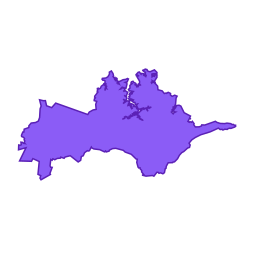 outline of Howick Local Board Area, Auckland, New Zealand, rotated 96°
{"feature_id": "76426892B48866186202191", "entity_name": "Howick Local Board Area", "entity_type": "district", "adm_level": 2, "iso_a3": "NZL", "parent_name": "New Zealand", "parent_adm1": "Auckland", "projection": "orthographic", "projection_center": [174.896, -36.924], "detail": "fine", "context": "isolated", "style": "filled", "palette": "violet", "viewbox_px": 256, "rotation_deg": 96, "n_neighbors": 0, "source": "geoboundaries", "source_scale": "gbopen_adm2", "svg_char_len": 5876}
<svg xmlns="http://www.w3.org/2000/svg" viewBox="0 0 256 256"><g transform="rotate(96 128 128)"><path d="M149.5,138.0L150.7,130.3L152.2,128.4L153.8,122.0L158.0,116.7L158.1,115.5L161.3,115.7L165.9,113.9L166.6,113.2L166.3,111.9L167.4,111.6L168.9,109.9L170.2,109.9L172.8,107.4L173.4,109.1L174.0,105.1L172.7,98.8L173.2,97.2L169.0,94.6L169.0,93.2L169.8,92.5L169.2,90.9L169.9,88.5L168.6,87.1L164.6,86.7L164.2,86.0L162.0,85.9L158.4,84.4L157.8,80.0L157.2,79.7L156.8,78.2L153.4,75.5L149.7,74.0L146.9,72.0L145.6,70.1L141.7,66.6L140.9,64.8L138.4,64.4L136.7,65.7L133.1,63.3L130.4,60.1L127.1,54.9L123.2,45.8L118.7,38.1L119.9,36.2L119.5,34.2L120.1,33.4L119.1,31.6L119.0,29.1L118.2,28.4L117.5,26.5L117.7,25.7L115.9,22.0L115.1,21.1L114.0,21.3L114.2,22.2L113.4,23.7L113.7,24.9L112.9,26.2L112.8,30.1L113.5,32.3L113.8,36.8L113.1,40.2L112.2,41.8L117.0,51.9L117.2,55.0L118.3,55.2L119.4,57.3L119.9,61.2L117.8,63.0L116.8,62.7L114.6,64.7L115.7,65.5L115.2,67.1L115.9,67.6L115.2,69.1L112.3,67.9L112.3,66.2L112.2,67.9L109.6,67.1L106.9,73.8L100.7,77.7L100.0,79.6L100.6,82.1L103.0,82.9L105.4,84.6L107.0,83.9L107.1,82.4L108.3,84.2L109.2,84.6L107.6,86.5L106.5,85.2L105.7,85.4L105.4,86.7L105.2,85.7L102.9,84.7L102.2,85.9L102.4,84.2L99.3,83.2L93.2,83.3L91.2,82.5L90.5,85.0L91.9,87.4L90.7,89.3L89.2,89.3L88.3,91.8L89.5,93.2L89.2,93.7L89.9,95.5L87.5,97.9L86.8,102.2L83.3,102.9L81.2,105.2L79.8,105.8L80.1,108.5L80.9,109.1L80.1,109.6L79.5,108.7L78.4,108.9L79.0,108.0L78.7,107.4L79.8,106.6L78.3,106.4L74.5,104.5L72.1,104.9L71.7,106.1L71.8,106.6L72.2,105.5L72.9,107.4L73.9,107.0L73.7,108.6L74.6,109.4L72.7,109.8L72.4,108.2L72.0,109.7L71.6,109.7L70.9,105.0L69.7,105.0L67.4,107.8L69.6,111.7L69.7,112.8L69.1,114.6L67.9,115.2L67.6,117.1L68.5,117.6L68.7,119.0L69.3,119.3L70.8,117.1L70.7,116.5L72.9,116.4L73.8,115.4L75.0,115.7L73.8,117.5L74.3,118.3L73.1,117.6L72.4,117.9L72.3,120.2L73.2,120.6L71.1,122.5L71.5,123.7L74.1,125.6L74.8,125.3L74.2,124.5L74.8,124.1L74.7,123.4L75.0,123.0L76.1,124.4L80.2,121.4L82.4,121.2L83.1,122.1L83.9,120.8L83.7,119.6L84.0,120.0L84.1,122.6L84.7,122.8L85.2,121.5L85.2,122.6L85.7,122.4L86.5,122.4L85.9,122.7L86.1,123.7L84.8,124.1L84.3,125.4L83.6,124.4L82.7,125.1L81.9,127.2L81.0,127.9L81.7,129.4L83.0,129.8L83.4,128.5L85.4,130.6L88.1,130.2L89.6,131.6L91.1,130.6L90.8,129.2L91.8,128.0L91.0,128.0L91.1,126.5L92.5,127.6L93.4,127.4L93.8,128.1L92.5,128.9L93.2,129.9L94.5,130.3L94.6,129.5L95.4,129.4L96.6,130.3L97.0,129.5L98.8,130.5L99.8,129.3L101.0,129.4L98.7,128.3L98.9,127.6L99.3,128.5L100.5,128.0L100.3,126.7L99.4,125.9L99.5,125.5L101.1,126.5L101.9,125.2L101.8,123.8L104.1,123.1L103.9,121.9L103.2,121.5L103.1,121.1L104.6,122.0L107.9,119.9L108.0,118.2L106.5,114.8L107.0,114.5L106.2,111.7L105.3,110.3L103.7,110.1L105.7,109.8L104.7,107.0L106.2,109.1L105.8,110.3L106.4,111.8L107.2,111.0L109.3,109.9L106.7,112.1L106.9,113.4L107.8,114.1L107.3,115.4L108.3,117.6L109.0,117.5L108.9,117.1L109.0,116.5L112.6,119.8L112.2,122.5L113.3,121.8L113.7,119.7L115.4,117.4L117.1,117.4L118.3,114.6L118.6,114.3L118.7,114.5L117.5,117.7L116.2,117.8L116.1,119.2L116.8,120.4L116.0,119.4L115.9,118.3L114.0,120.0L114.1,122.4L115.3,123.0L114.1,122.6L113.8,123.9L115.3,124.3L116.4,126.1L116.3,127.4L117.8,127.1L118.6,128.2L118.6,129.3L117.2,130.3L116.9,131.8L117.5,132.6L118.2,132.2L118.3,132.1L118.5,132.2L119.3,133.2L119.2,133.8L119.4,134.0L119.5,134.1L119.4,134.2L119.3,134.5L119.2,133.7L119.3,133.3L118.4,132.2L117.5,132.6L116.8,131.8L116.9,130.3L118.4,128.9L118.3,128.3L116.3,128.2L115.7,126.3L114.5,127.3L115.2,126.2L115.0,124.6L113.4,125.1L113.1,123.1L111.6,124.2L112.4,123.4L111.3,122.6L111.3,120.1L108.8,119.4L107.9,121.2L105.8,122.4L106.1,124.6L105.0,124.3L103.9,125.4L103.5,127.4L104.5,128.2L104.9,127.3L106.2,127.0L106.0,126.1L106.7,126.9L108.0,125.8L108.4,126.4L104.9,128.7L105.6,130.4L104.4,130.2L104.1,129.5L103.4,129.9L103.1,128.8L101.0,129.7L101.7,129.9L101.0,131.0L101.3,132.1L104.2,135.4L101.3,133.7L99.9,135.9L100.9,133.0L98.7,132.3L96.9,132.8L97.0,133.7L95.8,135.2L96.7,133.8L96.5,133.1L92.5,132.0L91.1,134.8L92.2,136.4L90.2,135.1L88.9,135.8L88.6,138.1L89.9,139.1L90.1,139.7L88.0,138.1L88.8,134.2L84.3,133.6L83.4,134.0L82.9,135.5L82.1,133.6L79.2,132.7L78.8,133.7L79.8,135.2L80.5,138.0L82.5,141.1L82.6,142.7L85.1,141.4L84.7,142.1L85.7,142.5L84.2,142.6L84.2,143.5L83.3,143.0L81.8,143.8L82.5,144.0L80.1,144.0L79.6,144.6L80.6,145.2L82.9,145.3L81.6,145.4L81.2,146.1L81.6,146.6L80.4,146.0L80.7,146.1L81.2,145.6L79.2,146.1L79.7,147.0L78.5,148.2L78.0,147.7L75.4,148.6L73.0,150.5L74.4,152.4L76.4,152.1L79.2,153.4L80.6,155.3L81.3,158.7L82.3,158.9L83.2,157.9L83.0,156.9L83.5,155.8L85.5,155.5L86.4,156.6L87.4,155.9L86.7,154.6L88.1,154.6L88.7,153.6L90.4,154.0L91.0,153.5L90.8,154.3L93.2,154.9L90.6,154.8L89.7,154.0L88.0,155.4L87.4,157.0L89.3,159.0L91.3,159.6L92.2,161.1L91.5,161.7L91.9,162.6L95.2,161.9L95.0,162.4L96.4,162.3L99.8,164.4L100.9,164.4L101.4,163.6L102.7,164.5L104.3,164.5L104.8,161.9L107.9,162.6L112.8,161.6L113.7,164.6L116.2,168.2L118.8,169.4L110.8,202.5L115.7,206.0L114.4,211.3L109.4,213.0L109.7,215.0L109.2,218.9L115.2,216.7L118.1,217.4L126.8,217.0L130.5,217.9L132.2,220.5L133.2,224.8L136.1,226.8L137.9,226.7L140.0,231.1L142.9,231.2L143.0,232.2L146.4,233.2L147.6,232.9L148.2,230.9L149.3,229.8L150.6,230.1L151.6,229.3L153.8,229.5L154.2,229.0L154.1,230.6L153.3,231.2L153.3,233.0L155.8,232.4L156.4,233.4L156.3,234.9L161.1,234.6L158.3,227.4L172.1,232.4L171.2,220.5L168.4,219.4L170.6,212.8L183.5,212.7L184.5,209.8L187.0,210.3L188.6,209.1L182.3,200.3L181.3,200.9L175.1,199.3L175.1,200.8L173.7,201.6L167.4,201.5L168.0,200.1L166.5,199.5L167.2,197.5L165.7,195.3L165.0,192.0L164.0,191.8L164.8,188.4L163.4,187.5L161.6,182.5L167.0,174.0L165.1,171.7L161.2,171.4L160.3,169.6L157.1,168.6L154.8,166.1L155.1,165.3L154.6,164.0L150.8,162.5L151.6,161.9L152.4,159.8L152.5,153.8L154.2,148.9L153.2,147.9L154.1,147.2L153.0,144.4L151.9,144.1L150.1,141.2L149.5,138.0Z" fill="#8b5cf6" stroke="#5b21b6" stroke-width="1.5"/></g></svg>